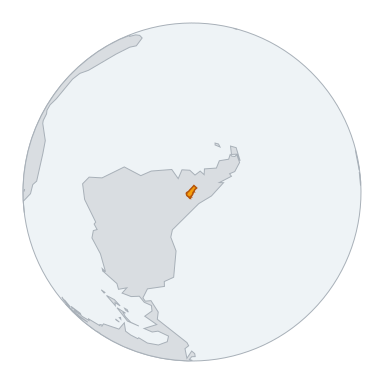 the Earth from above San Luis, rotated 222°
{"feature_id": "ARG-1298", "entity_name": "San Luis", "entity_type": "Province", "adm_level": 1, "iso_a3": "ARG", "parent_name": "Argentina", "parent_adm1": "", "projection": "orthographic", "projection_center": [-66.295, -33.924], "detail": "fine", "context": "on_globe", "style": "filled", "palette": "amber", "viewbox_px": 384, "rotation_deg": 222, "n_neighbors": 0, "source": "natural_earth", "source_scale": "10m", "svg_char_len": 4460}
<svg xmlns="http://www.w3.org/2000/svg" viewBox="0 0 384 384"><g transform="rotate(222 192 192)"><circle cx="192" cy="192" r="169" fill="#eef3f6" stroke="#a8b0b8"/><path d="M165.4,25.2L164.4,25.4L167.1,25.3L170.1,24.7L169.1,24.6L171.8,24.3L186.3,23.1L200.8,23.3L210.5,24.2L211.1,24.4L203.8,24.3L191.8,23.9L182.3,25.5L194.4,24.3L195.7,25.6L198.4,25.9L201.8,25.9L203.6,25.5L205.3,26.1L194.0,27.1L192.3,26.5L195.9,26.1L190.2,26.1L182.6,27.6L183.9,28.5L171.1,31.0L171.8,31.9L169.5,33.2L169.1,31.5L169.5,34.8L154.6,41.2L154.8,49.5L148.2,44.1L141.9,44.7L134.2,46.7L134.1,48.0L124.1,49.9L114.6,55.8L110.2,64.2L113.0,69.2L124.1,65.9L127.9,61.3L136.3,58.5L129.5,69.9L144.0,68.1L142.1,76.8L146.2,80.5L153.7,78.1L161.4,79.3L167.2,73.6L176.3,70.1L176.3,77.2L181.5,70.5L186.5,73.7L204.8,73.6L203.3,75.1L218.7,84.8L235.6,90.9L239.5,97.3L237.4,100.6L243.3,102.7L243.4,105.2L266.8,114.6L278.8,124.9L278.4,134.2L268.3,142.3L259.1,165.3L241.0,169.9L236.3,180.3L222.1,195.2L211.2,192.7L214.3,201.8L208.2,206.7L201.1,206.6L199.9,213.0L194.6,213.0L198.2,217.5L189.9,226.1L192.6,233.5L186.7,240.9L188.7,245.4L186.3,245.3L183.9,247.1L183.8,249.7L176.4,245.8L173.9,235.8L176.3,230.7L173.2,230.1L178.0,217.3L174.8,220.0L174.9,202.1L179.2,187.9L181.3,150.8L177.5,144.2L164.4,137.5L148.6,116.4L152.7,106.9L149.3,103.4L160.3,90.2L157.6,80.4L153.7,79.6L149.8,83.8L136.8,80.2L132.6,74.2L95.0,76.7L91.6,75.5L92.4,70.9L84.5,65.0L85.8,73.6L81.8,73.7L79.5,71.8L82.0,69.4L81.9,65.8L79.0,67.1L81.6,64.1L92.1,55.8L103.1,48.3L114.8,41.7L126.9,36.1L139.4,31.4L152.3,27.8L165.4,25.2ZM153.6,52.9L170.3,55.8L160.4,57.5L162.4,56.3L158.2,54.8L150.3,54.2L141.8,56.8L153.6,52.9ZM161.8,46.6L158.9,46.7L161.8,46.3L161.8,46.6ZM188.9,254.5L177.1,247.4L183.7,250.4L187.8,246.3L194.1,251.9L188.9,254.5ZM201.3,244.2L206.3,242.4L207.6,243.8L204.4,245.4L201.3,244.2ZM311.3,72.3L305.9,67.2L302.7,64.4L311.3,72.3ZM348.1,256.6L343.0,266.8L342.4,266.0L339.0,271.1L335.7,273.4L332.1,273.1L331.2,263.4L335.2,257.9L340.8,243.4L350.3,213.3L354.7,205.1L356.3,195.9L355.2,170.5L355.8,161.8L354.5,155.7L352.4,152.8L350.4,145.6L348.8,143.1L335.4,132.0L328.7,121.0L314.7,96.1L315.3,91.0L310.9,82.7L311.2,72.2L312.3,73.3L320.6,82.4L328.3,92.1L335.2,102.4L341.4,113.1L346.8,124.2L351.3,135.7L355.0,147.5L357.8,159.6L359.7,171.8L360.8,184.1L360.9,196.4L360.1,208.8L358.4,221.0L355.9,233.1L352.4,245.0L348.1,256.6ZM317.0,80.1L318.4,82.2L317.0,80.1ZM205.4,73.5L207.5,75.0L204.6,74.9L205.4,73.5ZM158.9,60.1L162.5,59.8L164.3,60.5L161.5,61.2L158.9,60.1ZM189.7,58.1L194.0,58.6L189.5,59.1L189.7,58.1ZM172.9,56.2L186.3,57.9L177.7,60.1L169.2,59.3L175.2,58.3L172.9,56.2ZM159.8,49.8L162.0,50.0L161.2,51.0L159.8,49.8ZM163.9,46.4L163.0,46.6L162.0,46.0L163.9,46.4ZM196.4,25.5L197.3,25.4L200.7,25.6L199.0,25.8L196.4,25.5ZM216.2,26.0L218.5,27.0L215.7,26.2L213.8,26.4L205.6,25.2L211.0,24.5L210.0,24.9L216.2,26.0ZM196.0,24.0L200.7,24.5L195.4,24.1L196.0,24.0ZM270.7,341.5L267.1,343.2L269.1,342.1L270.7,341.5ZM83.3,321.2L82.3,320.0L87.2,323.8L93.5,328.5L98.7,332.5L83.3,321.2ZM73.0,311.9L73.6,312.5L71.0,309.5L81.1,318.8L79.0,317.4L74.6,313.5L73.7,312.6L73.0,311.9Z" fill="#d9dde1" stroke="#a8b0b8" stroke-width="1"/><path d="M194.9,195.2L194.9,197.7L194.9,198.1L192.6,198.1L191.2,198.1L191.2,197.8L191.3,197.6L191.3,197.2L191.4,196.9L191.4,196.7L191.5,196.6L191.5,196.4L191.5,196.2L191.5,195.9L191.4,195.8L191.5,195.6L191.4,195.4L191.4,195.2L191.3,194.7L191.0,194.2L190.9,194.0L190.9,193.9L190.8,193.7L190.8,193.4L190.7,193.4L190.8,193.3L190.7,193.2L190.7,192.9L190.8,192.8L190.9,192.7L190.9,192.4L190.8,192.2L190.7,192.1L190.7,191.9L190.4,191.8L190.4,191.7L190.3,191.4L190.3,191.2L190.2,191.1L189.9,190.6L189.9,190.4L189.8,190.2L189.8,189.7L189.8,189.4L189.8,189.2L189.7,189.1L189.7,188.9L189.7,188.7L189.8,188.6L189.7,188.5L189.7,188.4L189.6,188.0L189.5,187.9L189.5,187.7L189.4,187.7L189.5,187.6L189.4,187.6L189.3,187.2L189.3,186.9L189.3,186.6L189.2,186.5L189.3,186.5L189.3,186.3L189.3,186.2L189.3,185.9L189.5,185.9L189.9,185.9L190.0,185.9L190.1,186.0L190.3,186.0L190.9,186.0L191.1,186.0L191.3,186.1L191.5,186.1L191.8,186.1L192.1,186.1L192.3,186.1L192.5,186.0L192.6,185.9L192.8,186.0L193.0,186.0L193.3,186.0L193.6,186.0L193.8,186.1L194.5,186.5L194.6,186.8L194.7,187.0L194.7,187.3L194.8,187.3L195.1,187.3L195.3,187.2L195.4,187.3L195.4,187.5L195.5,187.8L195.5,188.0L195.4,188.3L195.4,188.5L195.3,188.8L195.2,189.1L195.2,189.3L195.1,189.5L194.9,189.8L195.0,192.1L194.9,195.2L194.9,195.2Z" fill="#f59e0b" stroke="#b45309" stroke-width="1.5"/></g></svg>